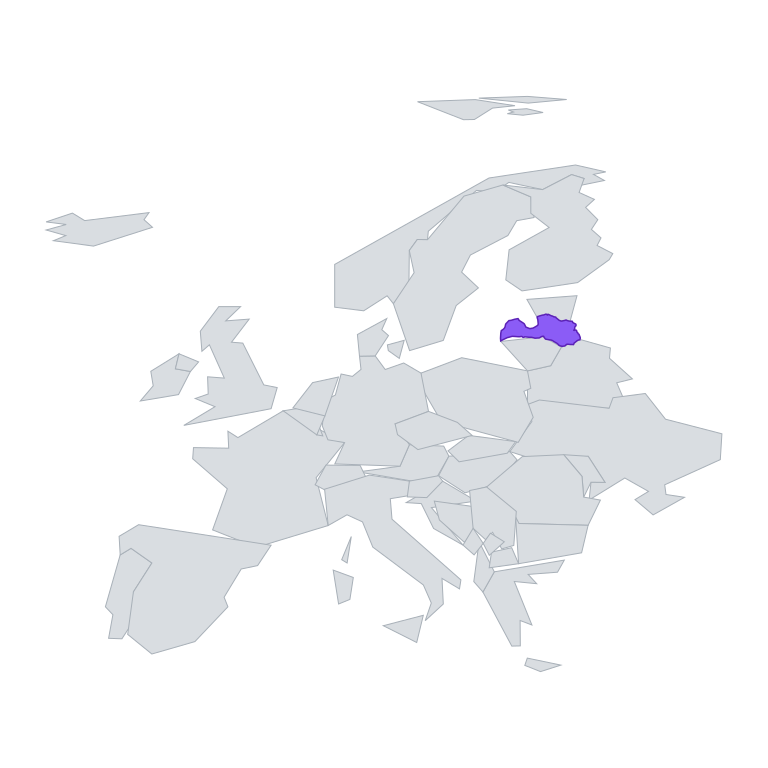 location of Latvia within Europe
{"feature_id": "LVA", "entity_name": "Latvia", "entity_type": "country or territory", "adm_level": 0, "iso_a3": "LVA", "parent_name": "Europe", "parent_adm1": "", "projection": "equal_earth", "projection_center": [25.364, 56.865], "detail": "fine", "context": "in_parent", "style": "filled", "palette": "violet", "viewbox_px": 768, "rotation_deg": 0, "n_neighbors": 37, "source": "natural_earth", "source_scale": "50m", "svg_char_len": 9106}
<svg xmlns="http://www.w3.org/2000/svg" viewBox="0 0 768 768"><path d="M417.5,101.7L475.3,99.6L515.0,105.7L492.5,108.1L474.4,119.5L463.5,119.7L417.5,101.7ZM604.4,180.5L580.3,185.4L584.1,178.5L571.6,174.6L542.6,189.6L508.8,182.4L494.9,192.0L476.5,190.4L428.3,231.2L427.5,239.7L417.3,239.5L409.3,250.5L408.9,287.5L393.4,303.7L387.1,295.8L363.7,310.8L334.7,307.2L334.7,264.4L489.0,178.0L575.5,165.0L605.8,171.9L593.5,174.4L604.4,180.5ZM566.7,99.5L528.2,103.1L478.8,98.1L527.4,96.4L566.7,99.5ZM543.1,112.5L523.0,115.2L507.3,113.7L513.5,112.0L508.3,110.0L526.7,108.7L543.1,112.5Z" fill="#d9dde1" stroke="#a8b0b8" stroke-width="1"/><path d="M283.2,410.8L344.6,442.6L316.1,477.7L328.2,525.5L256.5,547.3L212.6,529.9L227.3,488.8L192.7,458.8L193.5,447.6L228.7,448.2L227.9,431.2L237.9,437.6L283.2,410.8ZM341.7,559.7L351.3,536.5L347.1,563.0L341.7,559.7Z" fill="#d9dde1" stroke="#a8b0b8" stroke-width="1"/><path d="M393.4,303.7L414.1,272.7L409.3,250.5L417.3,239.5L427.5,239.7L464.0,196.1L502.8,185.0L530.8,196.9L534.1,217.5L516.7,220.7L507.9,235.5L470.4,255.0L461.6,272.1L478.4,287.9L456.2,305.5L443.3,340.4L409.6,350.6L393.4,303.7Z" fill="#d9dde1" stroke="#a8b0b8" stroke-width="1"/><path d="M580.1,339.5L610.4,348.0L609.5,358.3L632.4,378.9L616.7,382.8L622.8,396.9L609.1,408.3L527.5,404.5L527.5,370.9L550.7,365.7L561.4,347.1L580.1,339.5Z" fill="#d9dde1" stroke="#a8b0b8" stroke-width="1"/><path d="M666.0,494.5L684.5,497.3L653.1,514.9L635.0,499.6L648.5,491.4L624.8,478.0L589.1,500.0L591.0,482.2L605.0,482.4L588.2,456.3L542.8,462.1L509.8,451.6L531.9,421.5L527.5,404.5L539.4,400.0L609.1,408.3L613.0,397.7L645.3,393.5L665.5,419.2L721.9,433.8L720.3,459.6L664.7,484.8L666.0,494.5Z" fill="#d9dde1" stroke="#a8b0b8" stroke-width="1"/><path d="M527.5,370.9L530.8,388.3L523.9,391.3L533.2,417.3L518.2,442.4L441.3,421.5L419.6,384.2L421.0,373.1L461.7,357.7L527.5,370.9Z" fill="#d9dde1" stroke="#a8b0b8" stroke-width="1"/><path d="M448.9,456.2L436.2,478.4L419.3,482.3L358.1,471.9L400.0,466.2L409.4,444.7L443.7,446.1L448.9,456.2Z" fill="#d9dde1" stroke="#a8b0b8" stroke-width="1"/><path d="M509.8,451.6L517.1,459.9L496.4,484.1L465.0,492.8L438.6,475.7L448.9,456.2L509.8,451.6Z" fill="#d9dde1" stroke="#a8b0b8" stroke-width="1"/><path d="M563.7,454.7L588.2,456.3L605.0,482.4L591.0,482.2L583.7,497.1L582.0,476.4L563.7,454.7Z" fill="#d9dde1" stroke="#a8b0b8" stroke-width="1"/><path d="M583.7,497.1L600.4,500.1L588.1,525.3L519.0,523.5L486.6,487.0L522.3,456.6L563.7,454.7L582.0,476.4L583.7,497.1Z" fill="#d9dde1" stroke="#a8b0b8" stroke-width="1"/><path d="M561.4,347.1L550.7,365.7L527.5,370.9L500.8,341.4L543.2,336.7L561.4,347.1Z" fill="#d9dde1" stroke="#a8b0b8" stroke-width="1"/><path d="M577.0,295.7L569.9,321.9L537.3,317.7L526.9,299.4L577.0,295.7Z" fill="#d9dde1" stroke="#a8b0b8" stroke-width="1"/><path d="M421.0,373.1L428.5,411.4L395.1,423.9L409.4,444.7L400.0,466.2L334.8,463.9L344.6,442.6L327.9,439.8L322.3,425.9L324.9,400.5L335.4,395.0L341.1,374.0L352.4,376.4L361.0,369.4L359.5,356.2L375.2,355.9L385.2,369.5L403.7,363.0L421.0,373.1Z" fill="#d9dde1" stroke="#a8b0b8" stroke-width="1"/><path d="M515.6,516.9L519.0,523.5L588.1,525.3L581.6,552.8L518.6,563.7L515.6,516.9Z" fill="#d9dde1" stroke="#a8b0b8" stroke-width="1"/><path d="M560.8,665.1L540.5,671.6L524.8,665.4L527.3,658.1L560.8,665.1ZM494.3,571.8L564.3,560.1L557.5,572.2L528.1,574.4L536.7,583.7L514.3,581.5L531.9,625.0L520.1,620.5L520.3,645.9L511.8,646.1L482.9,592.0L494.3,571.8Z" fill="#d9dde1" stroke="#a8b0b8" stroke-width="1"/><path d="M494.3,571.8L482.9,592.0L473.8,581.6L479.1,541.7L494.3,571.8Z" fill="#d9dde1" stroke="#a8b0b8" stroke-width="1"/><path d="M442.7,481.2L476.1,501.0L431.4,507.6L463.0,545.1L433.6,528.5L421.3,503.6L406.2,502.6L442.7,481.2Z" fill="#d9dde1" stroke="#a8b0b8" stroke-width="1"/><path d="M360.1,465.4L367.9,481.5L329.5,492.5L315.1,484.8L325.9,465.1L360.1,465.4Z" fill="#d9dde1" stroke="#a8b0b8" stroke-width="1"/><path d="M319.2,426.5L322.8,435.9L316.8,434.9L319.2,426.5Z" fill="#d9dde1" stroke="#a8b0b8" stroke-width="1"/><path d="M324.9,415.9L316.8,434.9L283.2,410.8L312.4,406.0L324.9,415.9Z" fill="#d9dde1" stroke="#a8b0b8" stroke-width="1"/><path d="M338.5,377.0L324.9,415.9L292.9,407.9L312.6,382.6L338.5,377.0Z" fill="#d9dde1" stroke="#a8b0b8" stroke-width="1"/><path d="M120.2,554.9L131.0,548.3L151.9,563.0L133.4,591.9L135.5,617.9L121.9,638.8L108.6,638.3L112.9,614.7L105.4,606.8L120.2,554.9Z" fill="#d9dde1" stroke="#a8b0b8" stroke-width="1"/><path d="M127.7,634.4L133.4,591.9L151.9,563.0L131.0,548.3L120.2,554.9L119.1,536.3L138.6,524.7L271.1,545.2L257.6,565.6L241.2,569.0L224.1,597.2L227.9,606.8L194.9,641.6L151.8,654.0L127.7,634.4Z" fill="#d9dde1" stroke="#a8b0b8" stroke-width="1"/><path d="M190.4,371.5L178.5,394.6L140.3,401.0L153.2,385.8L150.8,371.3L179.0,353.8L175.4,368.8L190.4,371.5Z" fill="#d9dde1" stroke="#a8b0b8" stroke-width="1"/><path d="M369.4,475.1L409.4,481.1L410.1,495.4L390.3,498.7L392.0,519.2L460.9,579.9L459.5,588.9L442.0,578.4L443.3,604.0L425.2,620.7L431.3,603.0L423.4,585.0L372.8,547.1L362.5,521.9L347.0,514.8L328.2,525.5L324.6,489.2L369.4,475.1ZM383.3,625.7L423.3,615.3L416.7,642.5L383.3,625.7ZM333.2,570.1L353.3,577.5L349.9,599.4L338.6,604.0L333.2,570.1Z" fill="#d9dde1" stroke="#a8b0b8" stroke-width="1"/><path d="M375.2,355.9L359.5,356.2L357.4,334.5L386.8,318.5L381.8,329.7L388.5,335.6L375.2,355.9ZM404.2,340.3L399.3,358.4L388.3,350.6L387.4,344.9L404.2,340.3Z" fill="#d9dde1" stroke="#a8b0b8" stroke-width="1"/><path d="M190.4,371.5L175.4,368.8L179.0,353.8L198.6,361.9L190.4,371.5ZM224.3,378.1L209.4,344.8L201.9,351.3L200.3,331.2L218.8,306.6L240.6,306.6L225.7,320.9L249.2,319.1L231.5,342.2L242.8,343.1L263.8,384.9L277.2,387.6L271.1,408.7L183.8,425.4L215.0,406.7L195.2,398.5L208.2,394.0L207.6,376.8L224.3,378.1Z" fill="#d9dde1" stroke="#a8b0b8" stroke-width="1"/><path d="M149.0,212.6L144.0,219.7L152.5,227.3L93.5,246.1L53.4,240.7L65.8,235.6L46.1,230.0L66.2,224.5L46.1,221.9L72.4,213.1L84.7,220.6L149.0,212.6Z" fill="#d9dde1" stroke="#a8b0b8" stroke-width="1"/><path d="M409.4,481.1L438.6,475.7L442.7,481.2L426.8,497.6L407.3,496.9L409.4,481.1Z" fill="#d9dde1" stroke="#a8b0b8" stroke-width="1"/><path d="M584.1,178.5L579.1,192.5L594.4,199.4L585.6,207.4L597.8,219.7L591.4,229.4L601.0,237.9L597.1,245.5L612.8,253.6L609.2,259.7L577.6,282.6L522.0,290.9L505.8,279.9L509.1,249.8L549.1,227.5L530.8,213.3L530.8,196.9L502.8,185.0L542.6,189.6L571.6,174.6L584.1,178.5Z" fill="#d9dde1" stroke="#a8b0b8" stroke-width="1"/><path d="M515.6,441.6L507.3,453.2L459.1,461.8L448.0,450.9L468.6,435.4L515.6,441.6Z" fill="#d9dde1" stroke="#a8b0b8" stroke-width="1"/><path d="M428.5,411.4L457.4,422.4L472.1,435.4L417.9,449.6L397.5,434.6L395.1,423.9L428.5,411.4Z" fill="#d9dde1" stroke="#a8b0b8" stroke-width="1"/><path d="M464.5,542.4L439.4,520.0L434.3,501.1L475.6,506.9L476.0,527.6L464.5,542.4Z" fill="#d9dde1" stroke="#a8b0b8" stroke-width="1"/><path d="M511.7,547.7L518.6,563.7L489.2,567.8L491.5,552.1L511.7,547.7Z" fill="#d9dde1" stroke="#a8b0b8" stroke-width="1"/><path d="M469.6,490.5L486.6,487.0L516.3,511.4L513.8,545.4L501.7,548.9L492.6,532.3L485.6,539.7L473.1,528.3L469.6,490.5Z" fill="#d9dde1" stroke="#a8b0b8" stroke-width="1"/><path d="M483.2,543.4L474.1,554.9L463.0,545.1L473.1,528.3L483.2,543.4Z" fill="#d9dde1" stroke="#a8b0b8" stroke-width="1"/><path d="M489.3,555.3L483.2,543.4L490.4,533.2L504.3,541.8L489.3,555.3Z" fill="#d9dde1" stroke="#a8b0b8" stroke-width="1"/><path d="M562.5,346.4L562.0,346.3L560.4,345.9L559.0,345.3L558.2,344.4L556.8,343.2L555.9,342.7L554.5,341.9L552.1,340.4L551.3,340.1L547.0,339.4L545.5,339.1L544.1,337.4L543.7,336.4L543.0,336.2L542.2,336.4L541.4,336.6L539.5,337.8L538.9,338.0L537.7,338.0L535.0,338.2L533.7,337.8L531.6,337.3L530.4,337.3L529.3,337.3L524.7,336.8L523.9,337.3L523.0,337.4L522.2,336.6L521.2,336.4L520.0,336.7L518.0,336.7L515.5,336.5L512.4,336.3L511.9,336.4L508.4,337.4L507.6,337.5L503.8,339.3L500.7,340.9L500.5,338.3L500.8,333.2L501.3,330.6L503.4,329.2L504.5,328.0L505.2,326.5L505.4,325.1L505.8,323.9L508.9,320.6L511.2,320.3L514.4,319.3L518.0,318.6L518.7,319.5L519.0,320.3L523.2,323.0L524.3,323.9L525.9,327.1L529.8,328.6L533.0,328.1L534.3,327.4L536.9,325.9L538.0,324.9L538.2,323.9L537.8,319.6L537.2,317.8L537.4,316.6L537.8,316.7L538.9,316.1L542.4,315.1L543.1,315.1L543.8,314.9L546.0,314.1L546.7,314.5L547.3,315.0L547.6,315.0L547.8,314.8L547.7,314.5L547.9,314.3L548.5,314.4L551.1,315.7L552.0,316.0L552.7,316.1L553.5,316.7L555.7,317.1L555.9,317.4L556.1,317.8L558.1,319.4L559.0,320.2L560.8,321.0L561.6,321.1L564.8,320.4L565.6,320.1L566.4,320.1L567.1,320.5L568.8,321.0L570.3,321.2L570.6,321.2L571.9,321.2L572.4,321.4L572.7,322.5L574.2,323.3L575.6,324.0L575.9,324.3L576.0,324.9L576.0,325.6L575.8,326.0L575.2,326.4L574.7,327.5L574.7,328.6L573.9,330.3L574.1,330.4L575.8,330.0L576.2,330.2L576.6,330.6L576.8,331.8L577.3,332.3L577.9,333.0L578.1,333.7L579.1,334.4L579.2,334.9L579.9,336.6L580.2,337.5L580.3,338.3L580.0,339.2L579.8,339.9L579.4,339.8L578.5,340.0L577.0,340.8L574.8,342.6L574.2,343.0L573.6,344.4L573.5,344.6L572.2,344.5L571.8,344.5L570.5,344.5L567.6,344.2L566.5,344.4L565.1,345.8L564.5,346.0L562.8,346.2L562.5,346.4Z" fill="#8b5cf6" stroke="#5b21b6" stroke-width="1.5"/></svg>